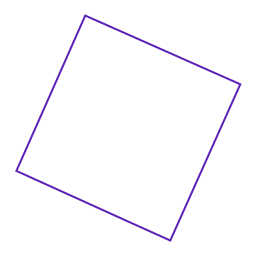 Stephens, Texas, United States of America (orthographic projection), rotated 204°
{"feature_id": "52423323B77635562535718", "entity_name": "Stephens", "entity_type": "district", "adm_level": 2, "iso_a3": "USA", "parent_name": "United States of America", "parent_adm1": "Texas", "projection": "orthographic", "projection_center": [-98.883, 32.736], "detail": "fine", "context": "isolated", "style": "outline", "palette": "violet", "viewbox_px": 256, "rotation_deg": 204, "n_neighbors": 0, "source": "geoboundaries", "source_scale": "gbopen_adm2", "svg_char_len": 254}
<svg xmlns="http://www.w3.org/2000/svg" viewBox="0 0 256 256"><g transform="rotate(204 128 128)"><path d="M43.2,213.6L212.8,213.3L212.6,128.7L212.5,43.4L90.7,42.6L43.6,42.4L43.4,139.0L43.2,213.6Z" fill="none" stroke="#5b21b6" stroke-width="2"/></g></svg>